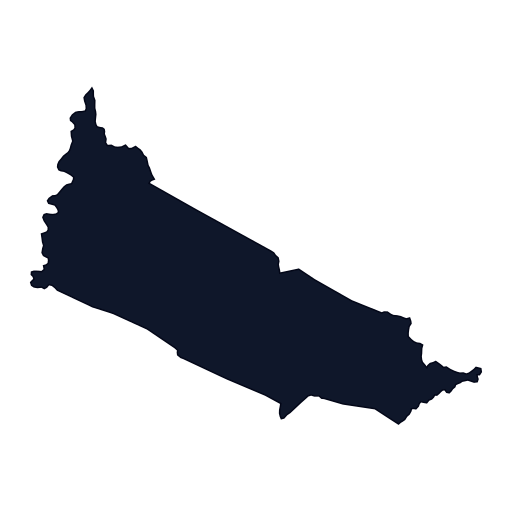 Mirante, Bahia, Brazil
{"feature_id": "56859067B82108406212507", "entity_name": "Mirante", "entity_type": "district", "adm_level": 2, "iso_a3": "BRA", "parent_name": "Brazil", "parent_adm1": "Bahia", "projection": "robinson", "projection_center": [-40.763, -14.123], "detail": "fine", "context": "isolated", "style": "filled", "palette": "ink", "viewbox_px": 512, "rotation_deg": 0, "n_neighbors": 0, "source": "geoboundaries", "source_scale": "gbopen_adm2", "svg_char_len": 3522}
<svg xmlns="http://www.w3.org/2000/svg" viewBox="0 0 512 512"><path d="M480.8,368.6L476.0,367.4L474.1,369.4L472.0,371.0L469.2,373.1L466.3,374.1L463.3,373.0L459.9,373.2L457.5,372.6L454.1,371.4L450.1,369.5L446.3,367.0L443.5,367.5L441.7,365.9L439.4,364.1L435.7,361.5L433.2,362.7L430.2,363.5L427.9,365.6L426.9,367.8L424.6,364.9L422.3,362.2L421.5,359.7L421.1,356.4L421.5,353.5L421.7,348.3L422.6,345.0L420.0,343.5L416.7,343.1L413.7,341.7L411.2,339.7L409.7,338.1L408.2,336.5L408.1,333.1L408.5,329.7L409.1,326.4L411.0,323.5L410.7,321.2L409.6,318.0L406.3,318.9L403.2,317.8L400.7,316.7L397.0,315.9L393.3,315.6L390.7,314.4L387.4,312.1L384.1,312.0L381.8,313.0L361.1,304.7L358.2,303.5L351.5,300.8L314.4,279.7L298.7,269.2L296.5,269.7L279.8,273.2L279.3,269.8L278.6,266.9L278.2,264.4L278.8,261.3L278.1,257.8L275.4,255.4L273.7,252.9L271.1,251.2L196.3,210.0L149.0,183.3L150.2,181.1L152.1,180.0L154.3,179.2L152.9,176.8L151.8,174.9L150.9,172.5L150.1,170.1L149.3,167.8L148.0,165.4L147.1,161.0L146.3,157.5L143.5,155.3L141.9,152.1L140.0,149.8L137.9,148.4L135.6,146.5L131.7,148.5L128.6,148.6L125.5,145.1L121.7,147.0L117.7,147.4L114.7,147.1L111.3,145.3L107.4,145.6L105.5,142.7L106.0,139.0L105.3,136.8L104.2,134.0L104.5,131.5L104.1,129.3L102.5,128.0L99.8,127.6L97.0,126.8L95.8,124.5L95.1,121.4L95.4,118.3L95.8,114.4L95.5,111.6L94.7,108.2L94.7,104.7L94.8,100.4L93.4,96.5L93.3,93.7L93.3,90.9L91.9,88.0L90.1,90.5L88.0,92.8L85.9,94.8L84.1,97.6L84.7,101.0L86.1,105.2L86.3,108.6L85.4,111.0L82.0,111.7L78.4,111.8L75.6,112.4L72.4,114.9L70.3,118.1L70.6,120.5L72.3,121.7L74.9,124.6L75.1,128.1L73.7,130.0L71.2,131.4L71.5,136.1L72.8,141.1L71.2,145.2L70.4,148.4L69.4,150.9L68.0,152.7L66.1,154.1L63.5,156.2L61.2,159.2L59.1,161.6L57.9,164.4L57.6,167.0L58.9,169.8L60.9,170.7L64.1,171.2L66.8,172.5L68.6,173.5L71.0,174.9L73.7,177.1L73.5,179.5L71.6,183.7L68.9,184.3L66.7,184.9L64.2,186.8L62.0,189.3L59.1,192.8L57.4,194.8L55.3,195.7L52.5,195.9L49.1,198.4L47.5,200.8L48.7,203.3L51.7,204.1L54.9,205.0L56.8,207.5L58.1,209.8L58.5,212.4L56.2,214.1L52.9,214.6L50.1,214.4L46.5,213.8L44.1,214.6L42.9,217.3L44.2,220.7L46.9,224.8L48.3,227.2L48.2,230.1L46.8,232.0L44.5,232.9L41.5,233.9L42.1,238.0L42.6,242.0L43.7,245.6L42.8,248.4L42.1,252.7L43.5,255.5L45.9,256.8L48.2,257.9L48.6,260.2L48.2,263.4L46.1,265.0L43.6,265.7L44.3,269.4L41.6,271.7L38.7,271.4L36.4,271.3L33.8,271.3L31.5,272.0L31.3,274.6L33.2,276.5L34.0,279.1L32.3,280.7L30.7,282.4L31.6,285.3L34.0,286.9L37.4,287.5L41.6,287.1L44.3,288.6L46.6,287.3L48.8,284.6L52.1,285.3L55.1,287.7L57.4,290.2L89.0,305.0L92.4,306.7L107.2,311.4L110.3,312.4L113.5,313.5L147.2,328.9L174.8,347.6L177.7,350.2L177.4,352.4L177.7,354.9L180.9,357.5L183.4,358.4L220.7,375.9L224.6,377.7L227.4,379.0L265.4,395.1L280.8,403.5L280.4,406.4L279.7,410.1L279.6,413.3L280.3,416.3L281.3,418.7L283.9,418.0L286.8,414.7L290.0,412.5L301.1,402.1L306.3,397.5L308.0,395.9L311.1,394.9L314.3,395.9L316.8,395.9L319.1,395.9L321.6,398.2L324.1,398.4L343.0,403.9L375.0,408.7L386.3,416.1L398.5,424.0L400.4,422.3L402.4,421.1L404.7,419.5L406.7,416.3L409.2,414.1L410.9,411.0L411.4,408.7L413.7,408.4L415.9,408.8L418.3,406.2L419.2,403.6L420.8,401.7L424.3,402.4L426.7,402.8L428.9,400.1L431.6,399.0L433.5,397.1L434.6,395.0L436.9,395.1L438.9,393.4L440.6,391.6L442.5,390.0L444.8,389.7L446.7,392.3L449.2,392.8L451.1,390.9L452.5,388.8L454.8,386.9L455.6,384.6L457.9,383.5L460.2,382.6L462.1,381.2L464.2,380.8L467.8,380.0L471.1,381.1L474.1,382.1L477.2,381.7L478.0,379.1L477.3,376.9L477.0,374.7L479.5,374.7L481.3,371.9L480.8,368.6Z" fill="#0f172a" stroke="#020617" stroke-width="1.5"/></svg>